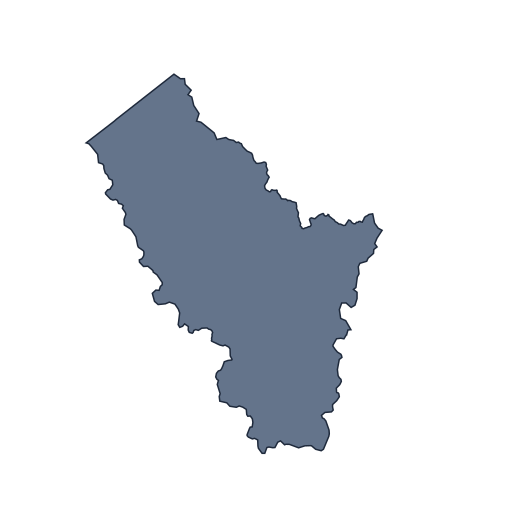 Ravalli, Montana, United States of America (Albers equal-area conic projection), rotated 322°
{"feature_id": "52423323B8575592965012", "entity_name": "Ravalli", "entity_type": "district", "adm_level": 2, "iso_a3": "USA", "parent_name": "United States of America", "parent_adm1": "Montana", "projection": "albers", "projection_center": [-114.064, 46.06], "detail": "fine", "context": "isolated", "style": "filled", "palette": "slate", "viewbox_px": 512, "rotation_deg": 322, "n_neighbors": 0, "source": "geoboundaries", "source_scale": "gbopen_adm2", "svg_char_len": 4591}
<svg xmlns="http://www.w3.org/2000/svg" viewBox="0 0 512 512"><g transform="rotate(322 256 256)"><path d="M279.3,373.6L282.9,370.9L285.4,372.5L286.9,362.2L284.3,357.3L288.7,349.5L294.6,345.8L298.1,348.5L299.3,355.1L303.7,355.7L309.4,351.8L313.3,346.8L312.2,342.3L315.3,342.4L322.9,334.9L326.2,333.5L330.0,327.4L333.3,325.7L340.0,328.3L343.0,326.7L350.2,326.3L352.8,323.4L357.0,323.4L357.2,319.3L362.4,316.4L371.2,313.4L369.4,309.3L369.7,303.0L373.9,294.7L373.6,294.3L372.8,294.1L372.0,293.5L370.3,292.7L368.6,292.8L367.3,292.4L366.2,292.3L364.8,292.6L363.4,293.5L361.4,294.3L360.6,294.8L359.7,293.8L359.4,292.8L358.3,292.1L357.3,292.3L355.9,291.3L354.2,291.7L353.0,290.9L352.1,288.9L352.2,287.4L352.1,286.1L351.2,284.7L350.5,284.9L348.6,285.6L346.9,286.1L345.4,286.8L343.7,285.8L342.3,283.0L340.9,281.7L340.6,279.8L339.6,277.7L339.8,275.8L339.1,273.7L338.8,272.2L338.4,270.7L338.1,269.6L338.7,268.6L338.3,267.6L337.4,268.0L335.6,267.7L334.7,266.1L335.2,264.6L335.0,263.8L333.2,263.2L330.6,262.6L328.1,262.7L325.4,262.9L324.5,261.9L323.2,260.1L321.9,259.7L320.5,260.3L320.0,261.9L319.5,263.1L319.0,265.0L318.0,265.8L316.7,266.1L315.4,265.2L313.9,265.0L311.5,264.0L310.4,263.9L309.3,262.6L309.7,261.6L309.4,259.4L311.2,257.9L311.8,255.2L312.5,253.7L313.1,252.5L313.2,251.0L315.0,249.1L316.1,248.0L316.4,246.5L317.2,243.5L318.6,242.0L320.4,238.7L319.4,237.2L317.9,235.4L317.3,233.6L316.0,232.2L315.1,232.0L314.9,231.1L315.0,230.5L314.4,229.3L313.5,228.7L312.2,227.5L311.3,226.6L311.5,225.0L312.0,223.5L312.0,222.0L312.0,220.7L311.9,218.9L312.5,218.1L312.9,217.5L312.9,216.8L312.3,216.6L311.0,215.7L309.9,214.6L309.4,213.6L308.6,213.5L307.1,214.2L306.0,213.6L305.6,212.1L304.7,210.3L304.8,208.1L306.0,205.9L308.1,205.0L310.1,204.5L311.8,203.4L313.9,202.4L314.9,202.0L315.1,200.0L314.8,198.7L315.5,197.0L316.4,196.2L318.1,195.5L319.2,191.5L320.6,190.2L321.2,188.3L320.2,186.9L317.4,185.9L314.6,184.3L313.3,183.1L313.4,181.2L313.2,179.5L313.8,177.8L314.4,176.2L315.4,174.3L315.8,172.3L314.7,170.0L313.6,168.0L313.2,165.1L312.8,161.5L313.6,158.5L312.7,157.0L312.4,155.5L310.3,154.4L309.5,151.1L307.6,149.0L306.2,147.3L306.0,146.6L305.2,144.1L296.9,140.1L298.8,133.2L295.0,116.7L292.2,113.1L298.8,108.7L299.6,99.1L303.2,91.3L301.7,87.0L307.0,85.4L305.9,77.1L308.8,72.2L305.6,69.8L303.3,62.2L230.3,62.3L227.4,62.5L191.8,62.3L193.4,64.6L193.7,68.1L193.8,78.4L189.4,85.5L191.8,89.1L191.7,90.3L191.7,91.0L190.0,93.5L188.3,97.8L188.8,100.9L187.8,104.6L189.4,107.8L187.0,111.7L181.9,113.5L179.9,112.5L176.3,113.4L175.7,114.6L176.4,121.5L177.7,123.9L180.2,125.0L181.0,126.9L180.1,130.0L182.0,132.4L182.4,134.7L180.1,136.1L179.8,141.4L179.1,143.1L174.6,145.9L171.3,150.5L173.7,157.1L173.9,159.0L173.4,165.1L173.2,167.0L169.1,175.1L168.7,176.8L170.5,182.5L170.1,183.9L168.3,186.1L167.0,187.0L164.3,187.9L161.7,187.2L160.4,189.1L160.9,195.0L164.5,197.5L165.8,204.0L165.1,205.4L166.4,209.9L165.8,219.2L164.4,220.9L161.9,221.1L158.5,223.4L156.1,221.2L151.3,221.6L148.1,229.3L149.0,234.0L155.2,237.9L159.3,239.0L162.5,244.0L162.1,249.9L160.8,253.9L154.7,260.0L152.4,262.2L152.0,265.3L154.9,266.2L157.9,265.5L159.3,269.9L157.0,272.6L156.4,275.1L158.2,277.6L159.5,277.5L161.1,276.4L163.2,276.9L164.8,279.1L168.8,279.5L173.1,282.5L173.7,284.6L174.9,286.0L175.2,287.8L174.7,289.6L173.0,290.7L172.1,292.1L170.4,293.4L169.5,294.8L168.7,295.3L168.7,296.0L172.7,303.9L174.7,306.5L176.8,307.1L178.5,311.1L178.3,313.3L174.2,318.9L173.5,322.7L172.8,323.0L169.7,321.1L165.9,319.8L162.4,322.1L159.6,323.6L157.7,324.2L155.5,323.4L152.6,324.1L149.8,326.5L149.3,329.0L149.8,330.9L146.4,333.4L143.0,342.4L140.5,344.1L138.1,348.1L142.6,353.7L142.9,358.3L147.4,363.1L150.4,363.8L152.5,366.9L153.9,370.9L151.1,375.2L150.9,377.2L153.0,378.6L152.9,382.0L151.1,385.2L147.8,388.3L146.1,387.3L144.7,387.9L139.0,391.3L138.4,392.1L138.5,394.0L140.5,397.9L142.6,398.8L144.1,402.0L140.5,407.0L139.5,409.0L139.3,415.2L141.4,416.9L146.7,413.6L148.6,414.5L151.2,417.4L153.0,418.6L158.5,416.1L161.5,416.8L162.3,422.4L163.7,422.8L166.3,424.9L171.5,433.4L177.7,435.7L182.2,439.0L182.9,439.7L184.0,445.0L187.5,449.6L190.2,449.8L202.4,442.9L204.3,441.2L206.4,438.1L209.5,428.9L209.4,426.0L208.6,424.5L209.5,421.9L214.0,421.7L219.5,425.3L222.0,424.9L223.4,422.1L224.9,420.2L230.5,419.7L235.0,418.2L236.4,415.6L236.5,414.5L235.6,413.4L235.8,412.7L237.9,409.6L242.9,408.9L246.0,407.4L247.0,405.5L246.7,403.2L247.0,400.9L250.2,395.6L257.9,388.8L261.3,388.8L262.1,387.1L262.4,385.7L261.0,381.8L260.9,378.3L261.1,374.5L262.0,373.5L268.5,370.8L272.2,373.0L274.3,375.4L279.3,373.5L279.3,373.6Z" fill="#64748b" stroke="#1e293b" stroke-width="1.5"/></g></svg>